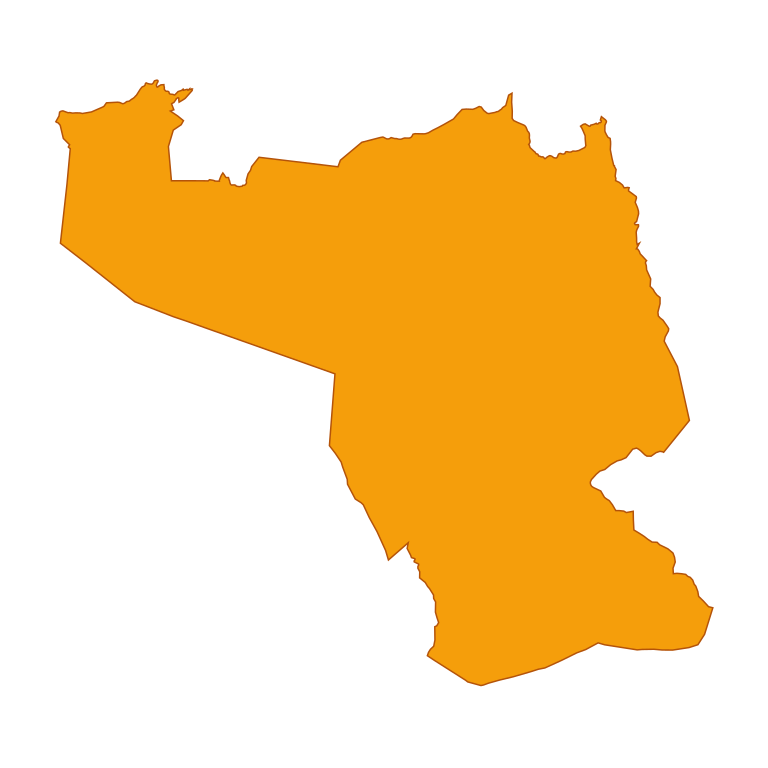 the district of Ziracuaretiro, Michoacán, Mexico, rotated 181°
{"feature_id": "50627088B75653090640966", "entity_name": "Ziracuaretiro", "entity_type": "district", "adm_level": 2, "iso_a3": "MEX", "parent_name": "Mexico", "parent_adm1": "Michoacán", "projection": "orthographic", "projection_center": [-101.91, 19.437], "detail": "fine", "context": "isolated", "style": "filled", "palette": "amber", "viewbox_px": 768, "rotation_deg": 181, "n_neighbors": 0, "source": "geoboundaries", "source_scale": "gbopen_adm2", "svg_char_len": 6126}
<svg xmlns="http://www.w3.org/2000/svg" viewBox="0 0 768 768"><g transform="rotate(181 384 384)"><path d="M713.1,650.2L713.6,646.3L716.7,640.5L715.6,639.8L714.5,639.5L712.7,637.6L712.2,636.8L708.9,623.9L702.5,617.7L703.7,615.8L703.7,615.3L701.8,613.8L704.5,577.8L710.0,519.1L685.1,500.5L634.6,461.9L595.7,447.6L585.0,444.2L433.2,393.3L437.5,321.4L431.5,313.9L425.5,305.3L423.8,300.1L419.1,288.1L418.7,283.1L410.7,268.5L404.8,264.9L402.6,262.9L396.5,250.4L388.4,236.3L379.5,217.6L376.5,208.1L357.0,225.7L358.0,220.0L354.4,213.3L353.5,210.9L350.1,209.9L349.9,209.0L350.8,207.5L350.7,206.7L346.3,204.6L346.2,203.6L346.9,202.2L346.9,200.4L345.0,196.9L345.0,190.8L339.3,186.3L336.8,182.3L334.9,180.2L330.8,173.9L330.6,170.4L328.6,167.0L328.6,156.8L326.9,151.2L325.2,146.4L327.0,143.2L329.0,142.2L328.6,128.9L329.7,122.7L332.9,119.6L334.8,116.5L335.9,113.1L328.4,108.3L297.2,89.2L295.1,87.6L281.8,84.2L279.2,84.8L274.3,86.7L263.3,90.0L249.8,93.5L231.7,99.1L224.7,101.5L218.2,102.9L201.6,110.8L186.5,118.6L177.7,122.0L165.4,128.9L158.8,127.1L126.2,122.6L121.3,123.1L109.7,123.5L101.1,122.9L90.8,123.0L74.4,125.8L65.6,128.8L59.1,139.3L51.3,166.0L55.6,167.0L60.9,172.6L65.7,177.1L66.6,181.9L68.7,187.3L70.4,189.3L71.9,193.3L74.4,196.0L77.0,197.0L79.0,198.9L83.3,199.5L87.8,199.8L91.4,199.4L91.8,204.9L89.7,211.1L90.5,215.9L92.1,220.0L97.2,224.1L105.5,228.0L108.2,230.5L113.1,230.6L117.6,233.4L121.0,236.0L126.1,239.2L131.6,242.4L132.3,252.6L132.6,261.1L139.5,259.7L142.0,261.1L146.5,261.5L150.1,261.5L153.5,267.2L156.7,271.3L159.4,272.9L161.6,274.5L165.4,280.8L172.7,284.1L174.4,285.2L175.3,286.3L175.9,288.0L176.0,289.6L174.9,292.1L170.2,297.5L166.6,300.7L161.7,302.4L155.9,307.4L149.5,311.2L145.6,312.3L140.7,314.6L134.2,323.2L130.4,324.3L128.5,323.4L126.3,321.8L122.0,317.8L119.9,316.5L115.7,316.5L110.8,320.1L107.0,321.5L104.3,321.1L103.2,320.6L78.0,352.9L90.9,406.5L104.6,431.7L103.7,436.0L100.6,442.0L100.3,444.2L101.7,446.5L106.2,452.7L108.9,454.7L110.9,456.8L111.4,460.6L109.4,469.1L109.5,475.2L112.8,477.8L115.1,480.7L116.5,483.2L119.6,486.3L119.2,493.7L123.4,502.7L123.8,506.9L124.7,509.5L124.5,510.9L123.6,511.9L130.1,518.6L131.1,521.1L132.5,523.1L133.3,523.6L134.0,523.6L131.1,529.3L133.3,527.9L133.9,530.5L134.0,534.4L134.5,540.1L134.0,542.4L132.2,546.3L132.4,547.7L135.6,547.7L136.3,548.9L135.9,549.7L134.3,550.8L132.4,558.6L132.6,561.3L133.7,564.9L136.0,570.0L134.8,574.4L135.1,575.8L142.8,581.3L142.9,582.3L142.3,584.5L143.6,584.8L147.3,584.3L149.0,587.1L152.1,589.6L156.0,591.4L155.7,593.6L156.5,595.7L155.7,602.5L157.4,605.5L157.4,606.2L158.1,606.5L160.0,613.7L161.8,622.2L161.6,627.8L161.7,630.3L162.2,633.5L164.3,634.5L165.8,636.9L167.3,639.8L167.6,640.9L167.6,646.1L167.7,646.3L166.2,649.9L166.2,650.7L167.2,652.0L171.3,655.1L172.3,651.7L171.3,650.9L171.4,649.8L172.1,649.1L173.3,649.1L174.8,647.7L176.0,647.8L176.4,648.4L178.3,647.4L181.9,646.4L182.3,645.5L182.8,645.3L183.5,645.4L187.4,647.6L189.3,647.1L192.0,645.2L190.6,643.2L189.4,640.7L187.2,635.7L187.1,632.5L186.5,626.7L186.3,626.0L187.3,624.0L193.2,620.9L196.4,620.1L199.2,620.2L201.1,619.2L203.0,619.1L205.0,619.5L206.1,619.4L206.7,618.9L207.1,617.6L208.6,617.0L210.1,617.1L211.4,617.6L212.7,617.4L213.5,616.8L214.6,614.2L215.2,613.3L215.9,612.9L218.1,613.2L220.1,614.6L221.4,615.1L222.3,615.2L222.7,615.1L225.0,613.7L226.6,612.2L227.4,612.2L228.4,613.5L228.9,613.8L229.5,613.9L230.3,613.8L231.3,614.0L232.1,614.5L233.4,614.7L234.1,616.3L234.6,616.6L236.0,616.9L237.3,618.8L237.9,619.1L241.0,621.9L241.8,622.6L242.2,623.2L242.9,625.5L243.5,625.9L242.4,627.8L242.2,629.3L243.0,632.5L242.9,635.3L243.1,636.9L243.7,638.2L244.8,639.3L246.4,643.1L247.1,644.1L247.9,644.9L249.1,645.5L254.9,647.8L259.0,649.7L260.5,651.8L260.5,659.1L261.3,668.0L261.1,677.0L264.4,675.0L267.1,664.6L270.2,662.4L271.4,660.8L272.8,659.9L274.5,658.5L276.1,658.2L277.7,657.5L283.9,656.2L285.5,656.5L289.0,659.2L291.6,662.6L293.7,663.1L297.1,661.3L299.9,660.2L306.6,660.3L310.7,659.9L315.6,654.6L319.1,650.2L328.5,644.6L334.4,641.3L339.6,638.6L343.9,636.0L346.5,635.1L348.1,634.8L357.3,634.8L359.3,634.3L360.0,633.0L360.4,632.1L361.2,631.2L362.6,630.4L363.8,630.3L367.8,630.3L369.4,629.8L371.0,629.1L371.9,629.0L373.4,629.0L375.8,629.6L377.6,629.6L381.2,630.5L382.7,629.5L383.8,629.1L384.9,629.1L385.8,629.2L388.8,630.7L389.5,630.9L392.0,630.4L410.4,625.3L431.5,607.0L433.8,600.4L512.9,608.5L520.1,599.1L521.2,595.3L523.6,591.7L525.3,585.2L525.0,582.6L525.3,581.9L526.3,580.7L527.1,580.2L528.6,580.2L528.9,579.8L529.2,579.3L532.2,578.8L535.1,579.2L535.7,580.0L536.6,580.4L538.9,580.4L539.5,580.2L540.1,580.3L540.6,580.7L541.0,581.2L541.7,582.9L541.9,584.3L542.4,585.3L543.1,587.7L545.5,587.7L546.2,588.4L547.2,590.1L548.8,592.2L550.3,589.8L550.8,588.6L552.2,584.9L552.1,583.9L556.6,583.9L556.7,584.2L558.5,584.7L562.0,585.2L563.4,584.0L569.8,584.0L600.1,583.5L603.7,617.7L599.1,634.2L591.3,639.7L589.1,643.8L595.0,648.4L602.4,653.2L598.9,654.5L601.3,660.4L600.9,660.8L599.0,661.8L596.8,665.0L596.8,665.5L595.0,666.7L594.2,666.3L594.1,664.1L593.8,662.2L590.4,664.3L588.3,665.7L587.6,666.3L580.9,674.1L581.2,675.0L580.7,675.6L581.2,675.8L581.9,675.3L583.2,675.0L583.3,675.9L585.1,674.3L586.0,675.2L589.6,674.2L589.8,675.3L590.2,675.2L591.0,674.5L591.3,674.1L595.0,672.8L598.1,669.5L598.6,669.3L600.1,669.9L602.7,670.1L603.5,670.5L603.9,671.1L604.0,672.0L604.5,672.5L605.2,672.9L606.9,672.9L607.9,673.6L608.6,674.5L608.8,674.9L608.8,676.7L609.2,678.2L609.3,679.5L612.3,679.2L614.2,678.1L615.0,677.3L615.8,676.9L616.4,677.2L616.8,678.9L616.1,680.9L615.3,682.2L615.2,682.9L615.4,683.5L615.9,683.8L616.8,683.8L618.8,683.1L620.1,680.7L620.6,680.2L621.6,679.7L623.7,679.9L625.9,680.4L626.6,680.8L627.0,680.9L627.4,680.7L627.8,680.2L628.2,678.5L628.8,677.9L629.8,677.3L630.7,677.0L631.4,676.4L632.9,674.4L636.5,668.5L637.7,667.3L638.6,666.2L639.7,665.3L641.6,664.1L643.6,662.4L646.2,661.9L648.4,660.2L649.4,659.8L650.3,659.7L653.3,660.9L655.3,661.1L666.4,660.3L666.5,660.2L668.8,656.8L670.1,656.0L681.3,650.9L689.3,649.4L690.2,649.2L692.8,649.7L697.1,649.7L700.2,649.4L702.8,649.9L704.6,649.7L709.8,651.5L711.7,651.1L713.1,650.2Z" fill="#f59e0b" stroke="#b45309" stroke-width="1.5"/></g></svg>